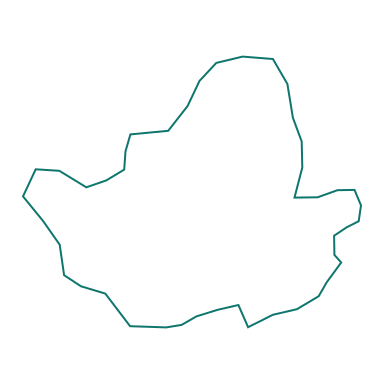 Seoul, Mercator projection
{"feature_id": "KOR-2497", "entity_name": "Seoul", "entity_type": "Capital Metropolitan City", "adm_level": 1, "iso_a3": "KOR", "parent_name": "South Korea", "parent_adm1": "", "projection": "mercator", "projection_center": [127.023, 37.556], "detail": "fine", "context": "isolated", "style": "outline", "palette": "teal", "viewbox_px": 384, "rotation_deg": 0, "n_neighbors": 0, "source": "natural_earth", "source_scale": "10m", "svg_char_len": 653}
<svg xmlns="http://www.w3.org/2000/svg" viewBox="0 0 384 384"><path d="M242.6,56.6L272.9,59.0L287.4,84.0L292.9,117.8L301.7,141.5L302.3,167.5L294.5,197.6L317.6,197.3L337.4,190.2L354.5,189.9L361.0,205.4L358.7,221.2L346.9,227.2L334.1,235.7L334.4,254.9L341.2,262.5L326.7,282.3L318.7,296.2L296.9,309.2L272.8,314.8L248.1,327.2L238.4,305.0L217.3,309.9L196.4,316.4L181.6,324.9L166.2,327.4L130.1,326.2L105.3,293.6L81.0,286.3L64.1,275.2L59.7,244.7L43.0,220.9L23.0,196.4L35.7,169.3L59.3,170.8L86.3,187.3L106.3,180.4L124.2,169.6L125.5,151.3L130.4,134.4L168.2,130.8L187.6,106.0L199.5,80.9L216.3,62.9L242.6,56.6Z" fill="none" stroke="#0f766e" stroke-width="2"/></svg>